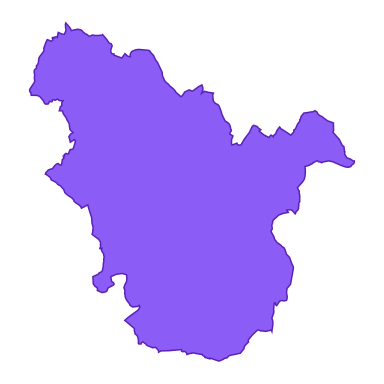 the district of Poienarii De Muscel, Arges, Romania
{"feature_id": "2599482B33398207909803", "entity_name": "Poienarii De Muscel", "entity_type": "district", "adm_level": 2, "iso_a3": "ROU", "parent_name": "Romania", "parent_adm1": "Arges", "projection": "albers", "projection_center": [25.065, 45.199], "detail": "fine", "context": "isolated", "style": "filled", "palette": "violet", "viewbox_px": 384, "rotation_deg": 0, "n_neighbors": 0, "source": "geoboundaries", "source_scale": "gbopen_adm2", "svg_char_len": 5852}
<svg xmlns="http://www.w3.org/2000/svg" viewBox="0 0 384 384"><path d="M271.9,331.5L272.9,324.2L272.8,321.2L271.9,318.0L273.6,313.4L273.9,311.4L273.6,309.5L274.2,303.3L275.2,302.9L275.9,305.0L276.7,305.6L279.6,301.3L281.2,300.5L284.1,300.9L286.5,300.4L287.0,298.9L287.2,296.4L286.5,292.7L287.0,288.5L290.5,284.3L293.4,268.3L293.2,266.4L291.8,263.7L289.5,257.3L286.5,254.3L285.0,249.5L284.0,247.8L281.8,246.4L280.9,245.2L276.9,242.4L275.7,240.6L274.8,239.7L273.7,236.3L270.9,231.3L272.3,228.9L271.8,225.1L272.4,223.6L272.9,220.5L278.7,215.1L283.1,213.4L288.3,212.4L286.7,210.0L290.2,209.8L291.8,210.1L295.2,213.9L295.7,213.2L295.8,212.0L297.5,210.4L298.6,208.6L298.5,206.8L298.9,205.8L298.7,205.1L298.8,204.3L298.6,203.5L299.8,201.6L299.7,201.0L299.8,199.8L299.6,199.3L299.9,196.0L299.5,195.4L299.5,193.7L299.1,192.8L299.2,190.9L298.6,190.2L297.4,187.7L302.6,181.9L304.4,179.0L305.0,176.1L305.3,173.0L305.2,170.5L305.4,169.3L304.8,166.6L308.9,165.4L312.4,163.6L312.7,163.1L317.2,160.6L318.7,161.9L320.0,161.8L320.6,162.1L321.1,162.6L321.8,162.7L322.6,162.1L328.6,160.9L332.6,161.7L341.4,165.5L345.3,166.9L348.2,167.3L350.7,166.6L352.2,164.6L353.5,163.9L354.4,162.2L354.2,160.9L353.4,161.1L350.5,159.1L346.9,157.8L344.6,154.1L344.9,151.7L344.5,151.5L343.9,146.5L342.7,145.7L341.8,144.6L339.4,139.5L333.0,132.4L333.6,130.5L333.4,122.9L327.6,120.8L324.6,118.7L321.9,116.5L320.4,115.9L318.5,114.6L317.9,113.9L317.0,112.1L315.1,110.7L314.8,110.7L312.9,111.8L310.3,112.0L309.3,112.3L303.8,113.1L301.1,116.5L300.7,118.6L299.6,119.9L299.8,121.2L297.6,124.0L295.5,128.8L295.3,129.2L293.9,129.8L293.7,132.0L290.9,135.2L282.3,129.5L281.2,129.1L279.6,127.0L277.1,130.3L276.2,132.1L276.0,133.1L275.4,134.0L273.2,135.9L273.2,136.6L271.1,135.1L270.7,135.2L269.0,137.5L264.0,135.0L259.2,131.2L260.8,129.7L258.7,128.3L256.9,126.4L253.6,125.3L252.2,126.5L249.3,132.6L244.2,139.3L240.9,145.0L237.9,145.0L236.9,143.2L232.0,145.0L231.5,143.5L231.6,139.4L232.8,136.6L232.8,135.7L229.7,134.1L230.1,132.8L231.2,130.9L231.2,129.7L230.5,128.4L230.4,126.7L229.2,124.0L228.0,122.8L225.0,120.8L222.0,114.6L220.7,110.1L218.8,105.5L217.7,104.5L215.5,103.5L213.3,101.1L212.7,94.9L213.5,93.1L208.2,92.3L204.5,91.3L201.6,93.4L202.9,89.8L202.8,87.4L201.9,84.9L198.7,86.6L192.7,91.0L191.7,91.0L189.7,90.0L188.8,90.0L184.4,92.2L184.0,93.3L181.8,96.1L180.8,96.6L175.7,92.0L175.1,90.8L172.8,88.3L169.7,85.9L168.0,83.8L166.4,82.7L164.6,80.6L162.5,75.8L162.1,72.2L157.4,62.2L155.9,60.5L153.5,55.4L150.4,52.1L149.8,50.9L148.5,50.3L138.5,49.4L135.8,49.8L132.2,51.2L130.6,53.2L130.2,54.9L130.3,56.7L127.7,56.2L125.0,53.6L121.8,58.0L114.1,55.2L113.8,54.6L114.0,54.0L111.8,53.6L110.9,52.3L110.8,50.4L111.1,48.8L112.2,45.9L111.2,43.8L109.1,43.0L106.6,39.3L102.7,34.7L102.6,34.9L99.4,35.4L95.3,35.5L92.4,35.0L90.6,35.9L89.5,36.2L88.4,35.8L87.7,35.0L86.1,34.0L85.3,33.8L82.8,31.7L82.0,30.6L80.6,29.8L77.6,29.2L71.3,30.6L70.3,28.3L67.9,25.3L65.8,23.0L65.4,24.2L65.6,27.9L66.1,30.1L64.4,34.3L62.1,34.1L58.2,32.4L57.3,37.3L56.7,36.7L56.4,36.9L54.9,37.0L54.4,37.9L53.5,38.1L53.2,37.4L52.6,37.5L52.2,38.0L52.7,39.0L52.6,40.3L51.7,40.9L50.6,41.2L49.7,40.5L47.2,39.6L46.2,41.7L43.8,48.1L43.7,48.6L44.1,49.3L43.7,51.3L39.2,57.3L38.7,59.2L38.5,61.8L37.7,64.6L36.4,65.7L36.5,68.0L34.4,70.0L34.2,71.0L34.3,73.0L34.7,75.7L34.3,77.9L34.7,80.1L34.7,81.0L34.3,82.4L29.9,89.0L29.6,90.0L29.9,91.9L30.9,92.7L31.2,95.3L36.9,95.4L39.7,96.4L43.4,100.8L44.5,103.2L45.5,104.1L48.1,104.0L48.7,103.3L49.3,101.5L51.8,101.8L52.1,101.6L52.4,100.2L52.8,99.6L55.3,100.3L57.3,99.1L57.8,99.2L58.9,100.3L59.8,100.6L63.0,100.7L61.9,102.3L61.7,105.6L60.3,106.9L59.3,110.8L62.2,110.8L62.9,112.1L63.1,113.5L66.1,117.7L67.3,120.5L69.1,123.3L69.9,129.4L71.0,130.8L72.7,132.1L73.0,132.6L70.6,134.1L68.9,136.5L70.3,142.2L74.5,139.5L75.4,141.2L74.8,143.8L73.2,148.6L72.8,149.1L70.1,149.6L68.4,153.8L67.7,154.0L65.8,153.4L64.2,154.8L64.5,156.1L63.2,156.2L63.9,158.1L62.4,159.5L61.8,163.2L61.2,165.1L60.3,165.2L58.1,163.5L57.2,163.7L54.8,165.5L52.4,168.7L49.7,169.4L48.2,170.1L45.9,172.6L45.3,174.1L46.6,174.7L50.2,177.4L51.3,180.0L54.1,181.2L57.0,183.2L57.4,184.0L58.4,184.8L60.5,185.8L62.1,187.8L63.6,189.3L64.8,192.5L65.7,193.5L67.3,194.9L72.4,198.3L73.9,200.3L74.0,201.2L76.0,203.0L78.8,204.8L80.7,206.5L81.4,208.2L87.8,204.9L88.8,208.7L91.7,217.8L92.0,223.3L93.1,227.3L92.8,231.4L92.1,234.4L98.7,239.3L100.5,242.2L100.6,244.5L100.4,244.9L100.6,245.4L100.6,246.5L99.8,248.4L99.9,248.7L100.4,248.7L101.9,248.3L101.5,250.2L102.3,251.9L103.2,253.2L103.7,254.4L103.8,255.7L104.2,256.9L103.7,259.3L103.8,261.8L103.4,263.0L103.2,266.7L102.5,270.0L101.8,271.5L99.1,273.0L98.3,274.2L92.9,276.6L93.3,284.0L94.7,286.0L97.5,288.1L97.3,290.5L102.1,292.6L105.9,291.8L107.0,290.8L108.0,288.0L113.6,285.0L114.1,284.0L113.7,282.9L113.1,282.3L112.3,282.2L111.5,280.8L110.8,276.7L116.2,274.3L122.5,273.5L126.5,274.7L126.9,277.8L126.6,281.4L124.9,284.8L123.9,287.8L124.7,289.8L124.9,291.2L124.7,293.7L125.1,294.9L125.1,296.2L125.8,298.5L126.9,300.5L129.2,303.4L129.9,305.1L131.9,306.6L132.7,307.0L138.0,306.4L139.2,305.5L139.8,307.2L138.0,310.2L128.4,317.2L124.8,320.4L134.3,328.4L134.3,330.3L135.1,333.9L137.0,335.4L137.9,337.3L138.4,340.1L138.4,343.5L138.9,344.0L140.9,344.0L140.9,343.5L142.6,342.0L143.4,342.2L145.9,344.1L146.7,345.3L152.8,347.8L155.5,347.3L158.4,350.3L158.6,352.2L161.1,350.9L168.7,350.7L181.4,349.6L181.6,351.2L182.9,351.8L183.4,351.4L184.4,351.4L185.9,352.2L186.7,353.4L186.9,354.5L189.5,353.6L191.6,353.3L193.5,352.7L194.8,353.3L200.0,354.2L201.9,354.3L202.3,354.5L202.4,355.1L205.5,357.1L205.2,357.5L209.9,358.9L210.1,358.1L218.6,361.0L219.7,360.9L223.5,359.2L224.5,358.3L227.0,357.9L228.8,355.9L230.4,355.3L240.4,353.2L244.0,348.6L244.2,347.1L244.9,345.6L248.5,342.0L248.1,340.2L252.5,334.8L257.6,330.0L258.8,330.0L260.6,330.9L263.4,331.0L265.7,331.4L271.3,330.1L271.9,331.5Z" fill="#8b5cf6" stroke="#5b21b6" stroke-width="1.5"/></svg>